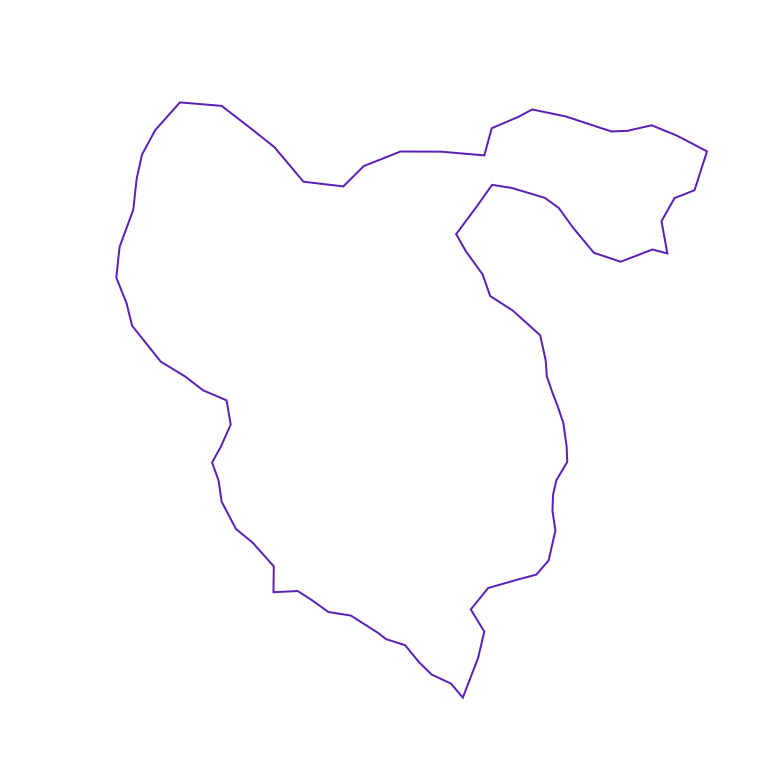 Exo Metochi, Cyprus, rotated 189°
{"feature_id": "46923920B63490584599042", "entity_name": "Exo Metochi", "entity_type": "district", "adm_level": 2, "iso_a3": "CYP", "parent_name": "Cyprus", "parent_adm1": "", "projection": "orthographic", "projection_center": [33.534, 35.206], "detail": "fine", "context": "isolated", "style": "outline", "palette": "violet", "viewbox_px": 768, "rotation_deg": 189, "n_neighbors": 0, "source": "geoboundaries", "source_scale": "gbopen_adm2", "svg_char_len": 1256}
<svg xmlns="http://www.w3.org/2000/svg" viewBox="0 0 768 768"><g transform="rotate(189 384 384)"><path d="M124.6,557.3L135.4,588.3L126.1,613.1L107.6,624.0L101.4,664.3L133.8,675.2L160.1,681.4L183.3,672.1L198.7,669.0L246.6,676.7L280.6,678.3L292.9,669.0L317.6,653.5L320.7,625.5L363.9,622.4L404.1,616.2L438.1,596.1L455.1,572.8L495.2,571.2L529.2,600.7L553.9,614.7L587.9,633.3L629.6,630.2L649.6,599.1L658.9,572.8L660.4,547.9L658.9,516.9L666.6,478.1L666.0,465.4L665.0,447.1L651.1,423.9L641.9,402.1L624.9,386.6L607.9,371.1L581.6,360.3L561.6,349.4L536.9,343.2L529.1,320.0L535.3,296.7L541.5,279.6L532.2,262.6L526.0,242.4L507.5,217.6L489.0,206.8L464.3,186.6L460.6,161.1L436.9,166.0L421.1,159.1L403.3,150.1L380.6,150.1L350.9,137.2L342.0,132.3L322.3,129.3L305.5,114.4L291.6,104.5L270.9,98.5L257.1,86.6L248.2,128.3L246.2,155.1L263.0,174.9L249.2,198.8L221.5,211.7L203.7,219.6L193.8,235.5L191.8,266.2L197.8,285.1L199.7,301.0L198.7,315.9L190.8,335.7L193.8,350.6L200.7,373.4L209.6,390.3L216.5,402.2L224.4,417.1L228.0,432.6L237.3,456.5L268.2,476.6L292.9,487.5L303.7,507.6L323.8,527.8L336.2,543.3L320.7,572.8L308.4,597.6L288.3,597.6L254.3,593.0L238.9,585.2L221.9,568.1L197.2,546.4L169.4,541.8L140.0,558.8L124.6,557.3Z" fill="none" stroke="#5b21b6" stroke-width="2"/></g></svg>